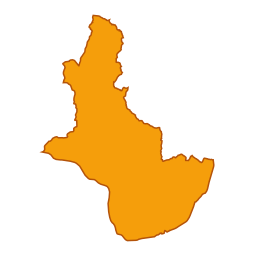 Samuoi, Saravan, Laos (Natural Earth projection)
{"feature_id": "54806243B94049695907039", "entity_name": "Samuoi", "entity_type": "district", "adm_level": 2, "iso_a3": "LAO", "parent_name": "Laos", "parent_adm1": "Saravan", "projection": "natural_earth1", "projection_center": [106.894, 16.358], "detail": "fine", "context": "isolated", "style": "filled", "palette": "amber", "viewbox_px": 256, "rotation_deg": 0, "n_neighbors": 0, "source": "geoboundaries", "source_scale": "gbopen_adm2", "svg_char_len": 5748}
<svg xmlns="http://www.w3.org/2000/svg" viewBox="0 0 256 256"><path d="M42.2,152.0L48.6,153.3L51.0,154.9L53.5,158.2L56.1,159.4L60.4,159.9L61.8,159.9L70.3,161.2L74.7,162.4L75.9,163.0L76.8,163.6L79.7,166.1L85.2,175.3L88.4,178.5L89.7,179.2L94.4,179.6L95.9,180.6L98.4,182.9L100.8,184.2L104.7,185.4L106.5,186.1L107.4,186.7L108.7,188.6L109.6,191.9L109.2,197.6L108.1,203.5L108.7,211.8L109.7,217.2L110.8,220.7L112.2,222.7L113.4,223.7L114.6,225.5L115.4,227.8L115.8,230.0L116.7,232.8L117.1,233.7L117.9,234.1L121.3,234.9L122.4,235.8L124.6,238.6L125.6,239.7L127.3,240.6L135.9,240.3L137.5,240.0L138.7,239.3L141.8,238.5L154.6,236.7L155.5,235.9L157.1,234.9L157.7,235.0L158.5,234.7L159.5,233.9L159.9,233.4L160.3,233.5L160.6,233.2L161.3,233.1L161.5,233.2L161.6,233.8L161.9,233.9L162.9,233.7L163.7,233.4L164.3,233.0L164.4,231.9L164.7,231.4L164.7,230.8L164.8,230.6L165.4,230.7L166.4,231.6L167.0,232.0L167.6,231.8L168.2,231.3L169.0,231.1L169.6,230.4L170.4,230.4L171.1,230.0L174.7,228.7L176.5,227.8L178.2,226.6L185.9,221.8L187.1,220.7L189.1,217.6L190.1,215.4L193.5,206.7L194.9,202.1L196.0,201.8L196.5,201.2L197.8,200.0L198.9,198.5L200.9,196.5L202.4,194.3L204.2,193.4L205.3,193.1L206.7,191.0L207.5,188.9L209.1,182.0L213.6,166.7L213.8,165.0L213.2,159.8L212.5,159.9L211.6,159.4L210.4,159.6L209.4,159.3L208.4,159.3L207.7,158.8L207.2,158.9L206.2,158.5L204.3,158.2L204.0,158.5L203.6,159.0L202.9,160.9L202.2,162.1L201.5,162.5L201.1,162.5L200.6,162.0L199.8,161.8L198.0,160.0L196.9,159.3L196.5,158.9L195.5,158.5L193.9,157.3L193.5,157.2L192.1,155.5L191.2,156.3L190.6,156.4L190.6,157.1L190.1,157.6L189.8,158.6L188.4,160.5L185.7,160.4L185.7,159.1L186.0,158.3L185.9,157.4L184.2,155.9L183.4,155.7L182.9,155.1L182.1,154.6L181.8,154.3L180.9,154.3L179.0,155.2L178.2,155.2L177.9,155.7L176.8,156.7L176.1,157.1L175.7,157.7L175.2,157.6L174.2,157.0L173.3,157.0L172.6,157.4L172.0,158.5L170.7,158.6L169.2,159.7L166.7,160.0L163.1,161.3L162.6,161.0L162.4,159.7L161.5,159.4L161.3,159.2L161.5,158.0L161.9,156.5L161.3,155.8L161.2,154.8L160.7,153.4L160.8,152.7L161.2,151.9L160.6,151.0L161.7,148.4L161.7,148.1L161.3,147.7L161.3,146.9L161.1,145.3L161.6,143.8L161.9,141.9L162.0,140.8L161.9,140.7L161.3,140.6L160.9,140.3L160.8,140.1L160.9,139.8L161.1,139.7L160.9,139.2L161.1,138.7L161.6,138.5L161.4,137.4L161.6,136.9L161.5,136.0L161.7,135.2L161.8,134.3L161.6,133.3L161.3,132.4L161.3,131.7L160.8,131.3L159.9,129.7L159.6,127.7L159.1,127.5L156.3,128.1L154.3,127.8L153.3,127.2L151.7,126.1L151.0,126.1L150.3,125.7L149.8,125.4L149.4,124.8L148.8,124.6L148.2,124.1L147.1,123.6L145.5,123.8L143.7,123.4L143.1,122.3L142.3,121.4L142.0,120.7L140.8,120.6L139.2,120.8L138.1,119.3L137.7,119.0L137.0,118.8L135.8,117.0L135.4,116.0L135.4,115.1L135.0,115.0L134.4,114.4L132.3,113.2L131.9,113.1L131.1,111.8L130.1,111.0L129.9,110.1L127.7,109.0L126.7,107.8L126.5,106.1L126.1,105.5L126.2,104.7L125.8,103.5L126.0,102.5L125.9,102.1L125.0,100.2L123.8,98.3L123.6,97.5L123.8,97.0L125.5,95.9L125.9,92.5L126.0,92.1L127.7,90.0L128.0,87.6L127.2,88.1L126.6,88.2L125.3,88.1L124.2,87.5L123.8,87.5L123.1,88.0L122.0,90.2L121.8,90.6L121.4,90.7L120.4,90.0L120.2,90.3L119.8,89.9L118.5,89.1L117.3,88.9L116.8,88.3L114.8,87.8L114.4,87.3L114.2,86.5L113.8,86.3L113.6,84.9L113.7,82.0L114.5,82.1L116.0,80.2L117.6,76.9L118.3,76.3L118.8,75.5L119.1,75.4L120.2,74.7L121.4,74.3L122.0,72.8L122.3,72.6L121.9,72.0L121.4,71.6L121.2,70.9L120.8,70.5L121.1,70.1L121.1,69.9L120.5,68.9L120.6,68.4L120.4,68.1L120.4,67.5L120.5,67.2L121.3,66.5L120.8,66.1L120.8,65.5L120.2,64.4L120.1,63.4L119.5,62.8L119.0,62.7L118.2,62.3L116.6,62.3L116.2,62.1L116.2,61.7L116.2,58.6L117.3,57.4L116.8,55.1L116.9,54.3L117.6,53.1L118.0,52.9L118.9,51.8L119.7,51.3L121.1,49.8L121.2,49.2L120.9,48.2L121.2,47.7L121.5,45.4L122.0,44.5L123.0,43.7L123.0,43.3L122.5,42.5L121.6,41.7L121.7,41.1L121.5,40.8L121.5,40.1L121.4,39.2L121.5,38.6L122.1,38.0L123.3,37.7L122.7,36.2L122.7,35.6L122.4,35.0L122.1,34.7L122.0,33.9L121.9,33.4L121.4,32.6L121.4,31.9L121.3,31.5L120.6,31.3L120.3,30.8L119.4,30.8L119.6,30.0L119.4,29.9L117.9,29.9L117.2,29.6L116.7,28.4L116.6,27.3L116.1,26.4L115.6,25.8L115.5,25.4L115.3,25.2L114.8,24.8L114.2,25.0L113.8,24.9L112.9,24.3L112.0,24.8L111.5,24.0L110.1,22.9L109.3,21.5L109.1,20.6L109.4,19.9L108.5,20.3L107.3,20.5L106.5,20.2L106.2,19.7L105.4,19.4L104.7,18.8L103.1,18.6L102.3,17.9L100.3,17.0L99.9,16.4L98.7,16.0L93.2,15.4L92.7,17.0L92.7,17.8L93.0,18.5L93.1,20.0L92.3,21.7L92.6,22.5L91.9,22.7L91.1,24.0L90.0,24.8L89.1,26.9L89.3,27.5L90.5,28.3L90.5,29.2L91.7,30.2L92.1,31.0L92.1,31.5L91.5,32.6L91.2,34.6L90.7,35.6L89.8,36.3L89.5,36.8L89.3,39.0L87.3,42.1L87.1,43.6L86.5,46.2L86.0,47.4L85.4,48.3L85.2,48.8L84.9,51.6L84.7,52.2L81.6,56.8L81.1,57.3L80.7,58.4L80.5,58.7L80.6,59.9L80.3,61.6L79.8,62.6L78.9,65.7L78.7,65.7L74.5,60.5L72.7,59.8L70.7,60.0L69.4,60.7L69.2,61.3L65.6,61.8L64.7,62.2L64.1,62.8L63.2,63.3L62.9,63.6L63.1,64.3L64.6,65.9L64.8,67.0L65.1,67.7L64.2,69.8L63.5,71.9L63.4,73.0L63.5,74.2L64.7,77.1L64.8,78.3L63.9,80.2L63.3,82.7L65.0,82.6L67.1,82.8L67.7,83.1L68.6,84.1L69.8,84.6L70.5,85.4L70.9,86.1L72.2,89.9L74.1,90.7L74.5,91.2L75.0,92.7L75.0,94.7L74.7,95.2L74.0,98.1L73.9,100.3L74.4,101.7L73.8,103.3L73.9,103.7L74.3,103.9L75.5,104.0L75.7,104.3L76.1,106.3L75.9,107.6L76.2,108.2L76.7,108.5L76.9,109.0L76.9,111.8L75.5,115.0L76.1,116.8L75.9,117.6L74.8,119.8L74.9,120.3L75.1,120.4L76.3,120.2L76.7,120.5L76.9,125.4L76.8,126.6L75.5,127.0L74.2,127.9L73.8,128.5L73.7,129.1L73.9,130.0L73.8,130.6L73.5,131.2L73.1,131.6L70.2,132.0L67.7,133.7L67.2,134.4L67.1,135.0L67.2,135.9L67.4,136.3L67.6,136.5L67.4,137.0L66.8,137.5L63.5,137.9L62.2,137.7L58.6,137.8L57.9,137.5L56.9,136.8L56.4,136.8L54.9,137.2L52.6,138.4L51.6,140.0L50.2,141.2L49.0,141.2L47.8,142.5L45.1,145.3L44.6,146.1L44.5,146.6L44.7,149.3L44.3,150.4L43.3,151.6L42.2,152.0Z" fill="#f59e0b" stroke="#b45309" stroke-width="1.5"/></svg>